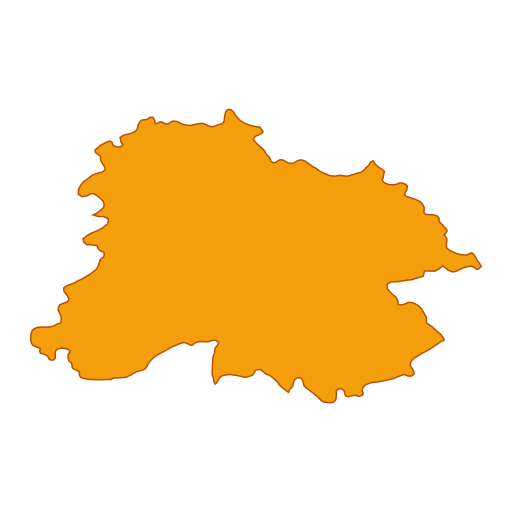 the district of Rechytsa, Gomel, Belarus
{"feature_id": "67162791B36955231142498", "entity_name": "Rechytsa", "entity_type": "district", "adm_level": 2, "iso_a3": "BLR", "parent_name": "Belarus", "parent_adm1": "Gomel", "projection": "equal_earth", "projection_center": [30.22, 52.327], "detail": "fine", "context": "isolated", "style": "filled", "palette": "amber", "viewbox_px": 512, "rotation_deg": 0, "n_neighbors": 0, "source": "geoboundaries", "source_scale": "gbopen_adm2", "svg_char_len": 5959}
<svg xmlns="http://www.w3.org/2000/svg" viewBox="0 0 512 512"><path d="M141.2,120.2L139.9,122.0L138.0,125.3L137.4,128.6L135.3,131.5L130.4,133.6L126.6,134.4L123.4,135.2L120.1,137.5L120.9,142.0L122.8,144.5L120.9,146.8L116.9,147.0L113.1,145.5L111.8,142.0L109.9,141.0L107.4,141.8L103.1,143.9L100.1,145.5L97.2,148.4L95.0,150.1L95.5,152.5L98.5,154.8L100.4,156.5L100.6,160.0L102.5,163.6L105.1,167.8L104.8,170.0L102.3,172.0L99.0,172.8L95.1,174.0L92.7,174.9L90.3,176.8L89.1,177.7L86.5,179.7L83.4,181.8L80.9,185.0L79.1,188.1L78.5,189.7L78.3,194.2L82.2,196.7L86.8,195.9L89.7,194.3L92.7,193.5L94.7,194.1L97.3,195.9L99.4,197.6L103.2,201.1L104.2,205.0L103.5,207.5L101.7,209.3L99.6,211.0L97.8,212.8L93.1,214.9L95.8,215.8L98.8,216.6L103.4,216.6L106.2,217.7L108.3,219.1L108.3,221.7L107.2,224.3L102.5,227.9L97.4,230.7L91.3,233.1L88.0,235.1L85.2,237.2L83.0,238.8L83.8,242.1L86.8,244.7L90.1,244.7L97.0,245.6L98.3,248.9L100.4,250.9L103.9,252.2L104.2,254.8L103.7,256.8L100.9,259.0L99.9,260.8L98.8,264.1L97.6,267.4L95.7,269.9L91.2,273.4L88.1,275.3L84.4,277.5L81.8,279.1L77.5,281.1L73.9,283.1L69.7,284.7L66.6,285.9L63.8,287.8L63.8,290.7L65.5,293.4L67.9,296.7L69.0,299.4L67.7,301.7L63.6,303.1L59.8,304.8L58.4,307.7L58.2,310.2L59.6,313.2L60.9,316.0L61.3,319.3L60.8,322.9L56.4,324.4L53.6,326.0L49.7,326.9L45.5,327.2L41.0,327.1L37.3,327.5L34.2,328.7L32.1,330.7L31.1,333.6L30.9,336.2L30.7,339.9L31.1,342.7L33.0,345.4L36.1,347.0L38.5,347.7L40.4,348.5L39.7,350.8L40.4,353.2L43.0,353.8L45.4,354.6L47.8,356.4L49.2,359.2L51.5,360.3L54.2,359.6L55.3,358.0L55.3,352.8L55.8,350.5L58.1,348.7L61.5,348.2L64.7,348.5L68.5,349.3L69.9,350.8L69.3,353.0L68.1,354.9L68.1,357.3L68.4,359.6L69.3,361.3L71.4,363.1L72.1,365.5L72.1,367.4L73.6,368.9L76.6,370.3L79.3,371.7L79.5,373.8L79.5,375.4L80.7,377.4L83.0,378.2L86.9,379.1L91.3,379.5L96.0,379.7L101.7,379.7L106.9,379.5L111.6,379.5L111.7,379.0L113.7,378.0L118.6,377.9L123.4,377.5L126.2,377.2L128.4,376.1L131.1,374.9L133.0,373.7L135.8,372.1L139.4,370.8L143.5,369.8L146.0,368.0L148.0,364.2L148.8,362.7L150.5,360.6L152.8,358.3L158.0,354.6L165.3,350.6L172.9,346.4L179.3,343.9L182.1,342.8L184.1,342.6L186.8,343.2L189.8,344.9L191.7,345.3L192.9,344.7L194.2,343.6L195.4,342.7L197.1,341.9L199.8,341.6L204.1,341.7L206.5,341.8L208.9,341.6L211.8,340.6L213.7,340.2L215.8,340.4L218.1,342.0L218.4,343.7L217.1,345.7L215.3,347.8L215.0,349.3L214.7,352.3L213.1,356.6L212.5,363.6L212.1,374.4L213.5,378.6L214.0,382.4L215.1,384.1L216.7,382.7L218.8,379.0L220.1,377.3L222.3,375.8L225.2,375.0L228.9,374.6L231.0,374.7L235.6,375.3L237.7,375.6L240.4,376.3L245.5,377.3L249.6,376.3L252.6,375.1L254.8,372.0L255.5,370.2L257.4,369.6L260.6,369.7L262.5,370.9L264.1,372.6L266.2,374.2L269.9,375.5L272.7,377.7L276.8,381.2L279.8,385.4L283.4,388.6L288.5,392.4L290.0,388.8L292.5,386.7L293.4,383.2L294.1,380.4L296.6,377.9L299.8,377.7L301.8,378.8L303.4,382.7L303.9,385.7L306.2,387.9L311.2,391.6L315.0,394.6L318.4,397.6L321.2,400.6L323.7,402.0L328.4,402.7L333.0,402.5L335.5,400.3L336.2,397.6L336.4,393.9L336.4,390.4L338.4,389.0L341.4,388.6L344.1,390.8L344.6,393.0L345.5,395.9L348.0,396.7L352.3,395.7L355.0,395.3L358.9,396.4L362.5,395.2L363.2,392.9L362.1,390.8L362.7,387.8L365.4,384.8L371.1,382.7L377.0,382.0L385.0,380.6L390.2,379.3L394.1,378.4L397.2,377.0L400.2,375.8L403.4,374.6L406.0,375.2L407.6,376.0L410.2,376.1L411.9,376.0L413.8,374.2L414.1,372.5L413.4,370.9L412.4,368.6L410.5,366.3L410.3,363.5L411.8,360.5L413.9,358.3L416.4,356.8L421.6,353.6L428.3,350.0L435.1,345.7L440.1,342.1L444.4,339.9L441.3,334.9L435.6,330.0L432.6,327.1L426.6,323.0L426.2,316.9L421.7,309.1L419.4,306.5L414.5,303.3L410.7,302.4L408.1,302.4L404.0,304.4L400.6,305.0L398.0,304.4L397.9,301.0L396.1,297.2L392.3,294.3L387.4,288.8L387.0,284.5L390.8,281.9L398.6,281.6L407.3,280.1L411.4,279.8L420.1,277.2L423.1,276.4L424.6,270.9L432.1,271.1L435.1,271.1L439.6,268.5L442.6,265.9L445.6,268.0L447.5,269.7L449.0,270.6L453.1,272.0L456.5,271.1L458.7,270.0L462.9,268.0L466.6,266.8L471.1,266.2L473.8,267.1L476.4,269.1L478.3,269.1L481.3,266.5L480.1,264.2L477.1,260.2L475.2,256.4L472.6,253.2L471.1,252.9L469.2,253.8L466.6,255.0L460.6,254.7L454.9,252.9L449.3,250.1L446.6,247.7L446.3,244.0L446.9,240.6L446.8,238.7L445.3,236.2L444.1,234.8L445.6,233.5L447.0,231.6L446.8,229.7L444.3,227.1L442.5,224.9L440.0,222.5L438.9,220.8L439.1,218.4L437.1,216.0L432.3,214.5L429.7,214.8L425.2,214.2L423.8,212.1L424.1,210.3L424.3,207.9L422.7,204.4L420.1,201.5L417.2,200.2L415.2,199.3L410.3,197.7L405.8,196.2L404.7,194.5L405.2,192.4L406.6,190.4L407.5,185.9L405.0,184.1L402.8,183.1L399.5,183.0L396.9,184.1L393.9,184.8L388.7,184.6L384.1,182.6L381.9,179.9L383.2,177.8L383.7,174.3L384.5,171.4L381.1,168.6L378.8,167.4L375.5,164.5L372.9,160.7L370.2,162.3L369.1,164.9L365.7,168.0L363.9,170.3L361.6,172.0L356.0,173.6L352.6,174.6L348.9,175.8L346.5,176.2L342.2,175.6L339.7,175.3L336.0,176.0L332.0,176.0L329.2,175.5L327.0,174.4L324.3,173.4L320.9,171.8L318.8,170.4L315.4,168.0L312.0,166.1L307.5,163.0L305.2,161.1L301.2,159.9L298.0,160.4L295.5,161.9L293.5,163.3L291.9,163.5L287.8,162.8L286.2,161.9L282.8,160.0L280.1,159.7L277.9,160.9L275.6,162.3L273.1,162.8L270.8,161.1L270.2,159.2L268.8,156.6L266.3,154.3L264.7,151.2L262.7,148.8L259.5,146.0L257.3,144.1L255.2,141.9L253.4,139.5L254.8,136.5L258.2,135.1L260.4,133.9L262.5,132.9L262.9,131.2L261.1,129.1L259.9,127.1L255.9,126.7L252.2,125.8L249.1,125.0L244.7,123.4L242.1,121.8L239.2,119.6L237.9,118.0L236.4,116.7L234.6,113.8L233.6,112.0L231.0,109.8L228.8,109.3L227.0,110.1L225.7,111.9L225.2,113.8L224.3,118.2L224.3,120.3L223.4,122.8L220.5,124.2L216.8,125.2L214.8,126.3L211.1,126.7L208.4,126.0L206.5,124.8L202.8,123.4L200.5,123.4L197.4,123.9L195.1,124.4L191.8,125.2L188.9,125.4L186.0,125.1L183.4,124.5L180.8,123.5L179.0,122.3L176.9,121.5L173.3,121.0L171.9,121.5L170.2,122.6L168.7,123.5L167.0,124.0L165.5,123.9L163.6,123.0L162.5,122.3L160.6,121.8L159.1,122.3L156.7,123.6L155.6,123.8L154.9,122.8L154.9,121.3L154.1,119.1L152.8,117.3L149.9,117.3L147.4,119.3L144.7,119.7L141.2,120.2Z" fill="#f59e0b" stroke="#b45309" stroke-width="1.5"/></svg>